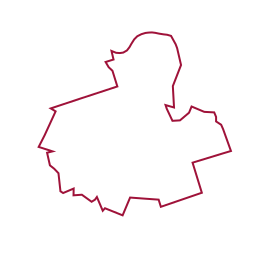 outline of Severiano de Almeida, Rio Grande do Sul, Brazil, rotated 342°
{"feature_id": "56859067B97276934457423", "entity_name": "Severiano de Almeida", "entity_type": "district", "adm_level": 2, "iso_a3": "BRA", "parent_name": "Brazil", "parent_adm1": "Rio Grande do Sul", "projection": "albers", "projection_center": [-52.105, -27.41], "detail": "fine", "context": "isolated", "style": "outline", "palette": "rose", "viewbox_px": 256, "rotation_deg": 342, "n_neighbors": 0, "source": "geoboundaries", "source_scale": "gbopen_adm2", "svg_char_len": 955}
<svg xmlns="http://www.w3.org/2000/svg" viewBox="0 0 256 256"><g transform="rotate(342 128 128)"><path d="M136.1,49.6L135.4,58.4L127.1,58.3L128.4,64.2L130.9,68.8L130.7,85.2L90.8,85.3L60.6,85.5L64.3,89.8L46.5,109.1L37.2,118.4L49.0,126.9L43.4,126.5L42.2,139.4L45.2,143.9L47.9,149.5L44.2,167.3L46.2,169.8L57.6,168.8L55.4,175.2L63.5,177.2L70.6,186.9L74.4,186.0L77.1,184.0L78.4,198.9L81.3,197.2L95.9,209.4L108.5,194.8L122.9,200.7L135.0,205.6L134.9,213.1L178.2,212.4L178.7,180.9L211.3,181.5L218.8,181.7L218.1,158.5L217.6,153.7L213.8,149.0L215.2,144.7L214.8,139.8L205.5,136.2L195.1,127.2L190.8,132.3L179.8,136.8L172.5,134.9L170.8,121.6L170.8,117.8L178.1,122.7L183.6,102.0L197.9,84.5L199.4,67.2L199.2,63.1L197.4,53.7L194.0,51.4L190.7,49.9L186.6,47.8L183.3,45.9L180.3,44.5L177.0,43.6L174.0,43.0L169.8,42.9L165.2,43.6L161.3,45.6L157.2,49.0L154.5,51.5L151.0,53.9L146.8,54.8L143.4,54.2L139.9,52.8L136.1,49.6Z" fill="none" stroke="#9f1239" stroke-width="2"/></g></svg>